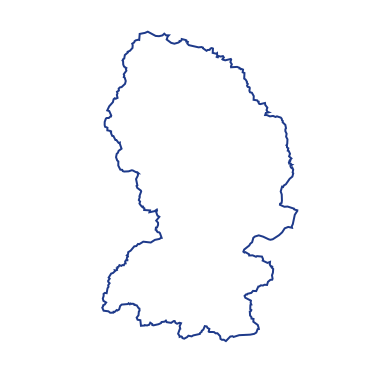 the district of Pyay, Bago, Myanmar, rotated 288°
{"feature_id": "60261553B730883612766", "entity_name": "Pyay", "entity_type": "district", "adm_level": 2, "iso_a3": "MMR", "parent_name": "Myanmar", "parent_adm1": "Bago", "projection": "mercator", "projection_center": [95.274, 18.774], "detail": "fine", "context": "isolated", "style": "outline", "palette": "blue", "viewbox_px": 384, "rotation_deg": 288, "n_neighbors": 0, "source": "geoboundaries", "source_scale": "gbopen_adm2", "svg_char_len": 5973}
<svg xmlns="http://www.w3.org/2000/svg" viewBox="0 0 384 384"><g transform="rotate(288 192 192)"><path d="M188.9,298.2L190.1,297.5L192.6,297.8L202.1,296.8L207.0,298.1L207.2,298.7L207.0,295.6L207.1,294.4L207.7,294.1L207.7,287.4L206.5,284.4L207.0,279.6L208.1,279.4L209.3,280.6L211.6,280.2L217.4,278.1L219.9,276.2L224.9,276.0L224.9,277.1L226.5,277.3L228.4,278.9L234.7,280.8L237.7,282.7L241.1,282.5L241.6,281.7L244.6,281.3L246.1,279.9L245.5,279.6L245.9,278.5L247.2,277.5L248.7,278.6L248.6,277.9L249.4,277.3L249.0,275.7L249.5,275.4L251.1,275.7L250.8,275.1L252.2,275.1L254.6,276.2L255.9,273.3L258.6,273.4L260.9,271.3L260.9,270.3L263.3,270.1L263.8,268.6L265.6,267.9L265.7,267.4L267.2,267.7L271.6,266.5L273.7,264.4L276.6,264.0L278.7,262.0L280.6,261.4L281.7,261.7L284.7,260.0L286.3,256.7L287.6,256.4L288.1,255.4L289.5,254.6L290.2,253.4L290.2,249.4L289.2,248.3L289.4,245.6L288.0,242.7L288.3,239.4L287.8,237.8L290.0,237.8L291.5,240.3L291.6,239.0L293.0,237.6L295.5,237.6L297.4,234.8L299.2,233.9L296.7,229.8L296.6,228.7L297.4,227.8L298.5,227.5L298.4,226.7L299.3,225.8L298.7,222.1L302.3,221.1L304.9,218.3L304.8,216.3L306.0,215.3L308.8,214.8L309.4,214.2L309.2,212.5L310.1,211.5L312.0,211.7L312.8,210.4L313.8,210.2L315.5,208.2L316.0,206.6L321.4,205.1L321.5,203.2L324.2,202.7L324.3,201.1L323.9,200.5L324.4,199.9L324.1,199.0L324.8,198.6L324.9,196.2L322.7,190.6L323.5,190.2L325.8,190.4L327.4,188.4L330.1,188.3L330.5,187.8L327.5,182.9L327.4,180.4L327.6,179.9L329.8,180.7L330.8,179.4L329.7,177.5L329.5,175.1L328.1,175.0L328.0,174.2L328.1,173.8L328.8,174.1L331.8,172.9L331.0,172.3L330.7,168.7L334.9,167.6L335.0,166.3L334.2,165.3L332.6,164.8L331.9,163.0L330.8,162.2L332.1,158.0L332.7,157.8L332.8,156.3L331.6,153.5L330.7,143.6L331.8,141.6L333.4,141.7L333.3,140.0L334.4,139.9L334.6,139.2L334.3,135.0L333.5,135.2L331.8,134.5L331.7,133.5L330.6,133.5L329.7,132.6L327.6,129.4L327.4,126.1L329.2,120.8L332.2,120.8L333.8,121.5L333.0,118.9L334.0,116.7L331.8,115.5L330.0,112.5L329.2,109.2L330.8,100.4L328.8,98.1L326.2,93.4L320.3,94.8L320.2,93.8L318.8,91.6L317.7,90.8L316.4,90.8L314.6,89.3L313.4,90.2L310.6,90.9L307.1,89.3L305.5,87.5L304.9,87.9L301.5,85.8L298.0,86.3L297.1,85.5L295.6,85.3L295.4,85.9L292.0,87.2L290.3,88.6L289.6,91.2L288.9,90.9L287.1,92.1L282.9,90.7L281.7,91.6L280.2,91.6L280.0,92.6L277.1,94.7L274.2,94.9L270.0,92.6L269.3,91.2L267.7,90.3L265.9,91.1L264.1,89.7L262.7,90.7L261.2,90.5L258.5,92.1L257.1,90.6L257.3,89.6L256.0,88.8L253.0,89.0L248.0,86.8L243.4,86.2L243.4,88.3L239.7,91.6L238.8,91.6L238.7,91.1L236.7,90.0L235.9,87.8L235.0,87.4L231.7,87.3L228.8,88.2L227.2,89.1L227.0,91.7L224.5,92.4L224.8,95.2L224.1,96.0L224.4,96.4L222.7,97.0L220.7,98.8L220.9,100.0L217.8,103.1L218.1,104.0L216.0,107.0L216.7,108.1L215.8,108.3L211.4,111.6L208.5,109.5L206.4,109.4L205.0,108.6L201.6,109.0L198.9,111.1L198.3,112.5L194.4,113.7L191.1,116.9L191.5,118.8L190.5,119.7L190.5,121.2L192.1,125.4L194.0,127.9L194.2,129.0L193.6,132.3L193.9,133.9L193.3,135.2L193.1,134.4L192.1,135.2L190.6,135.4L187.0,134.8L181.4,138.0L180.6,137.4L179.0,138.7L177.5,143.0L176.8,143.5L171.7,143.3L171.2,143.9L167.9,143.9L166.8,145.6L164.8,145.6L163.3,147.6L162.7,148.8L163.1,149.7L162.4,150.5L162.1,150.3L161.7,151.8L160.1,152.1L161.5,157.7L159.6,157.8L162.2,162.3L164.4,164.0L163.8,164.4L162.4,163.8L162.2,164.4L161.6,164.3L158.9,166.4L158.3,168.6L153.7,166.8L152.3,169.2L150.2,169.9L147.5,169.7L147.0,168.7L144.8,169.1L144.6,170.3L143.7,170.7L143.2,172.0L143.5,173.3L143.0,174.2L139.0,177.3L138.5,176.3L137.4,175.7L135.0,171.5L131.2,168.4L129.7,161.0L126.1,158.0L125.9,156.7L123.4,155.8L122.5,153.9L117.3,151.8L115.0,149.9L113.3,150.4L111.6,149.7L111.5,150.7L110.8,151.1L109.8,150.4L107.2,150.8L107.4,152.5L106.7,150.3L105.3,149.9L103.8,150.8L103.7,150.3L101.3,149.8L101.0,148.4L99.9,147.6L100.0,145.6L98.3,145.3L97.6,144.4L96.7,144.7L96.3,144.0L94.7,144.8L93.8,143.7L93.7,142.7L92.9,143.2L90.6,141.9L89.4,140.3L84.8,139.2L84.1,140.5L81.7,139.7L80.8,140.0L79.8,141.8L77.4,141.1L76.0,141.9L74.3,141.4L69.4,142.1L69.1,140.3L67.8,139.4L65.8,140.1L63.1,140.1L61.1,141.4L60.4,144.5L58.1,143.8L56.8,142.5L55.8,142.8L54.3,142.4L51.8,144.6L52.7,149.4L51.9,151.5L52.9,154.4L53.8,154.4L53.9,155.4L56.4,156.8L56.2,157.6L57.8,159.0L61.4,158.9L63.2,159.9L65.6,165.6L66.6,166.1L66.0,167.6L67.0,168.1L66.9,169.3L67.5,170.3L67.3,172.1L66.8,172.2L67.1,174.5L65.1,177.0L64.9,178.0L62.9,178.8L61.9,178.4L58.2,179.2L55.4,178.2L53.7,179.7L54.1,182.5L49.0,184.8L50.4,188.2L50.8,188.2L51.2,190.5L52.5,192.3L54.8,192.7L54.1,195.0L53.2,195.4L53.3,196.6L55.9,201.0L57.7,203.0L58.9,203.2L60.3,206.1L61.6,206.9L60.4,208.2L61.1,212.6L63.6,214.5L63.9,215.4L62.5,216.7L62.1,218.5L63.8,220.6L63.8,222.1L60.6,221.7L58.3,223.1L57.9,222.7L52.9,222.6L51.3,224.6L50.4,225.0L51.3,226.2L51.2,227.1L50.1,228.1L50.1,229.9L52.5,232.2L54.2,233.0L54.6,236.3L56.0,237.5L59.4,243.3L60.3,243.2L62.1,244.4L63.1,244.2L64.6,245.3L68.4,245.6L68.7,247.5L67.5,248.8L67.2,250.8L64.4,251.0L64.2,251.6L65.6,256.2L64.9,258.1L65.5,259.9L63.6,263.3L61.1,264.5L60.7,266.1L61.3,267.9L60.7,270.3L66.4,273.1L67.4,275.2L67.0,276.3L70.4,281.1L74.3,291.4L76.3,295.0L78.2,296.6L81.9,296.8L82.4,297.9L83.8,297.1L85.9,295.6L87.6,290.4L90.3,289.7L90.0,287.7L91.3,287.2L92.5,285.4L96.2,283.9L96.8,284.7L98.1,284.9L98.6,283.6L102.0,282.6L102.9,282.5L103.3,283.2L104.7,282.0L106.9,281.6L107.9,275.4L109.4,274.1L111.2,275.0L111.5,276.0L112.3,276.2L114.4,279.6L116.8,280.6L117.6,283.7L122.6,284.3L122.9,285.1L124.5,286.3L125.0,288.4L126.2,289.6L126.8,292.1L130.0,292.0L132.7,293.7L133.4,295.4L134.5,295.4L137.5,293.8L140.2,293.9L143.9,293.0L144.7,291.3L145.6,291.5L146.0,290.7L145.7,289.9L147.0,288.4L149.6,287.8L147.9,285.7L148.6,280.4L150.0,280.4L152.2,278.5L151.1,273.6L150.2,272.9L150.5,269.2L149.3,266.0L150.4,265.5L151.3,261.4L150.6,260.6L151.1,259.3L153.4,259.4L158.8,263.0L160.8,263.4L162.8,264.7L167.4,264.5L169.1,265.6L171.4,268.9L171.5,273.4L170.7,279.7L170.8,281.3L172.0,283.4L177.8,288.1L181.5,290.2L186.1,291.4L188.5,294.3L188.9,298.2Z" fill="none" stroke="#1e3a8a" stroke-width="2"/></g></svg>